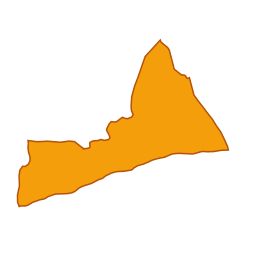 the district of Ras Al Ain, Hasaka (Al Haksa), Syria, rotated 187°
{"feature_id": "27442178B16567144851356", "entity_name": "Ras Al Ain", "entity_type": "district", "adm_level": 2, "iso_a3": "SYR", "parent_name": "Syria", "parent_adm1": "Hasaka (Al Haksa)", "projection": "albers", "projection_center": [39.989, 36.654], "detail": "fine", "context": "isolated", "style": "filled", "palette": "amber", "viewbox_px": 256, "rotation_deg": 187, "n_neighbors": 0, "source": "geoboundaries", "source_scale": "gbopen_adm2", "svg_char_len": 3026}
<svg xmlns="http://www.w3.org/2000/svg" viewBox="0 0 256 256"><g transform="rotate(187 128 128)"><path d="M225.7,103.4L225.6,103.1L225.0,100.5L224.9,96.3L223.8,92.0L221.7,87.2L221.3,83.7L221.9,81.6L222.5,79.9L225.3,77.3L227.9,77.2L229.2,74.8L230.2,72.8L230.3,67.3L229.2,60.4L228.7,57.2L229.0,54.1L229.5,47.6L228.8,42.7L228.6,41.0L228.2,40.3L226.5,36.8L226.1,37.0L224.6,37.6L224.2,37.7L221.0,38.0L218.9,38.7L216.2,40.5L215.8,40.8L214.2,42.1L213.7,42.6L209.0,44.8L207.3,45.8L203.1,47.2L202.1,47.6L198.9,50.2L193.1,53.1L190.9,53.8L186.2,54.5L179.6,55.6L176.4,56.7L175.8,56.8L173.0,58.6L172.8,58.8L171.5,60.1L170.1,61.6L169.3,62.4L167.5,63.7L166.2,64.4L165.7,64.7L164.9,65.2L164.2,65.5L162.7,66.2L160.2,67.3L159.1,67.8L158.0,68.3L157.9,68.3L152.9,71.7L150.3,73.5L147.3,74.8L146.7,75.4L143.8,78.2L142.9,78.7L141.2,79.8L141.0,80.0L140.4,80.3L139.0,81.3L138.5,81.4L134.9,83.0L134.6,83.1L133.9,83.3L133.1,83.4L131.0,83.9L126.9,84.5L124.3,85.3L121.5,86.1L119.5,86.7L118.6,87.4L118.4,87.6L117.3,89.1L116.4,89.8L115.3,90.6L113.9,91.7L111.3,92.8L110.1,93.3L108.7,93.9L108.3,94.0L108.1,94.1L106.9,94.9L105.6,95.7L105.3,95.8L103.9,96.6L99.7,99.2L96.9,100.4L94.2,101.5L88.0,103.5L85.9,104.8L84.5,105.6L83.8,106.0L82.4,106.8L81.3,107.4L80.1,107.9L78.5,108.2L77.1,108.5L76.1,108.7L74.6,109.0L61.0,110.1L60.2,110.3L59.2,110.6L56.3,111.8L53.9,112.8L53.0,113.2L52.7,113.3L51.6,113.7L50.0,113.9L46.6,114.1L45.4,114.2L43.6,114.5L43.0,114.6L41.1,114.9L40.6,114.9L35.2,116.5L32.4,117.3L29.3,117.8L26.1,118.3L25.7,118.4L27.1,122.0L32.0,130.1L35.4,135.3L40.6,141.0L45.1,146.7L52.3,153.9L56.2,157.9L62.0,163.8L66.6,168.8L73.2,185.4L73.3,185.3L73.3,185.2L73.5,185.1L73.7,184.9L73.8,184.9L74.0,184.8L74.1,184.7L74.3,184.7L74.5,184.6L74.8,184.6L75.0,184.6L75.3,184.7L75.5,184.8L75.8,184.9L75.9,185.0L76.0,185.0L76.2,185.3L76.3,185.3L76.4,185.5L76.5,185.6L76.6,185.8L76.6,186.0L76.8,186.1L76.9,186.3L77.0,186.4L77.0,186.5L77.3,186.7L77.4,186.8L77.5,186.9L77.6,187.0L77.8,187.0L78.0,187.1L78.3,187.3L78.5,187.3L78.8,187.4L79.0,187.4L79.3,187.4L79.5,187.4L79.8,187.4L80.0,187.3L80.3,187.3L80.3,187.2L80.5,187.2L80.7,187.3L80.8,187.3L81.0,187.3L81.4,187.4L81.5,187.4L81.6,187.5L81.8,187.5L82.0,187.6L82.3,187.7L82.4,187.8L82.5,187.8L88.5,191.6L89.1,192.0L89.3,192.1L96.5,210.3L98.4,212.6L103.9,216.1L105.9,217.5L106.7,219.2L107.8,217.7L108.5,216.7L117.0,204.8L117.5,204.1L119.7,200.9L124.4,179.0L124.9,177.1L126.0,172.6L126.6,169.9L127.8,161.8L128.1,159.4L128.0,157.6L127.6,150.4L126.7,145.7L124.6,141.9L125.4,139.5L129.5,137.2L132.4,137.2L134.7,138.0L135.2,137.6L137.1,135.8L139.7,133.3L140.2,132.8L142.5,132.3L145.4,132.3L146.6,130.6L147.1,130.0L148.8,125.3L149.0,123.1L146.0,118.9L144.8,116.4L145.9,114.1L150.2,112.8L153.2,113.3L156.1,112.1L156.7,111.8L157.8,111.6L161.2,110.9L163.8,109.3L164.2,108.0L163.6,105.5L163.5,104.1L164.0,103.6L166.0,102.8L166.4,102.7L166.7,102.6L170.0,101.9L170.4,102.7L173.6,104.4L177.1,106.6L179.4,108.0L185.0,107.8L193.5,105.6L206.2,105.1L216.6,103.3L225.7,103.4Z" fill="#f59e0b" stroke="#b45309" stroke-width="1.5"/></g></svg>